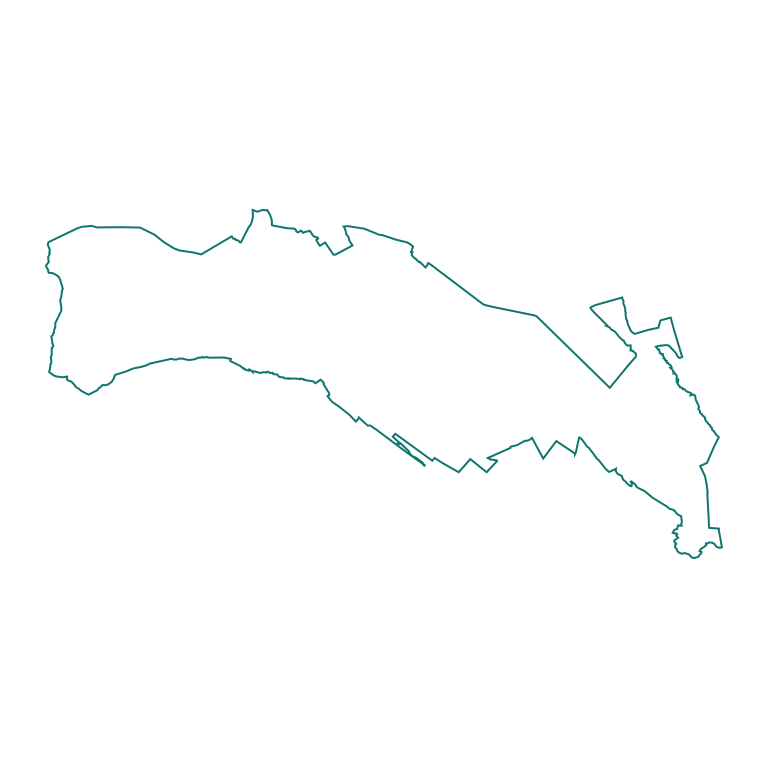 Flamanzi, Botosani, Romania (Robinson projection)
{"feature_id": "2599482B79845284556073", "entity_name": "Flamanzi", "entity_type": "district", "adm_level": 2, "iso_a3": "ROU", "parent_name": "Romania", "parent_adm1": "Botosani", "projection": "robinson", "projection_center": [26.986, 47.54], "detail": "fine", "context": "isolated", "style": "outline", "palette": "teal", "viewbox_px": 768, "rotation_deg": 0, "n_neighbors": 0, "source": "geoboundaries", "source_scale": "gbopen_adm2", "svg_char_len": 6058}
<svg xmlns="http://www.w3.org/2000/svg" viewBox="0 0 768 768"><path d="M590.6,307.4L590.6,308.4L593.6,311.9L607.2,325.4L607.3,325.8L606.6,326.0L609.5,327.3L611.0,329.3L614.8,331.5L619.1,336.8L622.7,340.3L623.6,340.4L625.1,343.5L626.9,345.2L627.6,345.6L630.6,345.4L630.8,349.0L630.5,350.4L631.6,350.3L632.5,351.1L633.0,351.0L636.0,353.8L635.7,357.0L629.6,363.7L609.8,387.8L536.6,316.3L534.0,315.3L496.1,307.6L485.9,305.3L483.0,304.2L430.6,264.5L428.1,263.0L427.0,265.6L425.5,267.5L419.7,261.8L419.1,262.2L415.8,259.0L413.5,257.3L411.9,255.3L411.6,254.7L412.4,252.1L411.1,252.0L413.1,246.7L410.4,244.3L407.1,242.4L396.1,239.7L382.0,235.0L379.3,234.8L364.3,228.7L347.7,226.1L343.7,226.5L344.5,227.8L345.8,231.4L346.2,234.1L348.0,236.3L348.9,238.1L349.2,240.3L352.5,245.5L335.5,254.6L333.5,254.7L325.1,242.5L319.9,245.8L316.3,240.2L316.4,239.5L318.1,238.6L317.9,237.9L317.4,237.4L314.2,236.6L312.7,235.2L310.0,230.9L305.1,231.9L303.1,232.9L301.4,230.8L300.4,230.7L299.0,232.1L297.9,232.3L296.3,231.5L296.1,230.3L294.7,228.7L287.1,228.2L273.1,225.6L271.9,225.2L271.8,219.9L270.0,214.8L267.2,210.0L266.5,210.3L262.5,210.0L257.5,211.7L252.7,210.0L252.9,217.2L251.5,222.7L250.7,224.6L248.8,227.0L240.9,242.4L239.7,242.2L238.5,240.6L235.5,239.8L235.1,238.8L233.4,238.8L231.7,236.4L201.2,254.4L192.9,252.4L179.5,250.5L174.1,248.4L163.9,242.2L154.7,234.8L140.2,227.6L122.9,227.2L96.7,227.4L91.9,225.9L81.8,226.8L77.1,228.4L48.4,242.2L47.8,244.8L49.9,249.9L49.5,251.4L49.7,252.7L49.3,252.9L49.5,254.4L48.2,256.9L48.3,259.7L48.8,261.8L46.1,265.4L46.6,267.6L47.9,269.4L48.3,270.7L48.2,271.7L49.0,272.9L52.3,273.0L53.8,273.7L56.7,275.2L59.0,277.2L60.1,279.7L62.8,288.5L62.0,290.7L61.3,296.6L60.2,300.4L61.3,306.9L61.3,310.8L55.3,323.1L55.3,327.0L54.3,329.6L53.9,331.7L54.0,332.6L53.1,333.4L52.6,335.5L51.4,336.3L51.3,336.8L52.0,339.7L52.3,343.5L53.1,345.0L53.3,346.0L51.8,348.1L52.0,348.8L51.6,350.3L51.8,354.5L50.9,356.9L51.4,362.7L51.1,363.6L50.6,363.8L50.1,368.1L49.1,372.0L53.7,375.4L56.1,376.4L62.4,377.3L67.1,376.6L66.9,379.2L68.1,380.6L71.4,381.6L74.9,385.4L75.6,386.9L78.8,388.7L81.2,390.8L86.7,393.8L88.6,394.6L97.2,390.3L98.8,388.2L100.9,386.8L102.4,385.1L106.3,385.2L109.0,383.9L111.6,381.9L113.8,378.6L115.1,374.9L125.9,371.5L133.2,368.5L141.2,366.9L146.5,365.3L149.8,363.6L171.5,358.8L173.5,359.5L176.7,359.5L178.9,358.6L182.9,358.7L187.0,359.8L190.8,359.9L195.7,359.0L198.1,357.7L201.3,357.6L202.3,356.9L203.8,357.6L207.3,356.9L208.2,357.6L210.0,357.7L223.7,357.5L230.9,358.9L230.2,360.9L230.6,361.2L240.0,365.8L242.9,368.1L244.5,368.6L244.3,369.3L248.8,370.7L249.1,369.5L250.1,369.7L253.0,372.3L253.1,371.3L255.0,371.5L260.7,373.1L262.7,372.2L266.9,372.4L267.0,371.8L267.5,371.8L269.6,372.4L270.0,373.1L272.6,372.8L273.3,374.1L277.1,374.5L279.2,376.9L283.6,377.5L283.9,378.0L285.0,378.3L288.4,378.7L288.4,378.3L289.4,378.3L289.6,378.7L294.2,378.5L300.4,379.1L300.4,378.7L302.5,378.8L304.0,379.4L304.0,379.9L313.3,381.4L315.5,383.2L320.5,379.7L322.4,381.3L323.9,383.3L323.6,384.2L329.3,393.5L329.2,395.0L327.5,396.1L331.9,401.7L339.8,407.2L349.3,414.7L355.9,421.6L358.7,418.4L358.9,417.5L367.8,425.7L370.0,425.4L376.6,429.8L404.8,451.0L422.0,463.3L424.3,465.7L424.7,465.1L422.6,463.3L422.6,462.6L416.3,457.9L412.7,456.3L411.2,455.1L409.8,453.5L408.9,451.3L400.3,443.1L399.1,444.1L397.8,443.1L398.8,442.2L392.8,436.7L395.3,433.8L432.3,460.7L434.6,458.0L442.6,463.1L458.7,472.2L470.3,459.1L486.6,472.2L497.1,461.1L496.8,460.4L489.9,459.3L487.8,458.0L510.5,447.9L510.6,446.7L517.0,445.2L524.9,440.8L526.9,440.8L530.2,439.5L532.0,437.8L543.2,458.6L556.3,441.1L574.8,453.4L574.9,454.5L575.8,452.7L578.9,438.5L579.2,437.5L579.6,437.4L582.0,439.5L587.1,446.6L588.7,447.7L593.9,454.3L594.5,455.7L595.7,456.6L596.6,458.5L598.6,460.0L605.9,469.2L609.1,472.0L616.0,468.7L615.7,471.1L617.8,474.0L621.9,476.0L622.2,477.5L623.4,480.0L625.3,481.3L627.5,483.9L630.1,485.9L631.3,486.2L631.7,485.4L631.9,483.9L630.8,481.7L631.4,481.4L635.3,484.5L636.5,486.7L637.8,487.8L644.3,490.9L652.8,497.9L666.9,506.5L669.7,508.9L673.4,509.8L675.3,511.5L675.9,512.7L677.7,514.4L681.2,516.3L681.9,522.1L681.2,523.8L681.6,525.7L678.0,525.4L677.2,529.0L674.5,529.8L672.7,532.8L674.5,533.5L676.5,533.4L677.2,534.2L676.3,535.8L678.2,537.8L674.8,540.0L674.1,541.0L675.0,542.8L676.2,543.5L676.0,544.4L675.2,545.0L675.1,547.4L676.8,549.2L677.4,551.2L678.6,552.3L681.7,553.8L684.7,553.0L689.1,554.5L691.5,557.2L692.7,557.8L694.8,558.0L698.5,556.6L699.6,554.8L701.1,553.5L701.6,552.1L699.6,551.1L701.1,548.7L704.0,547.0L706.3,545.0L706.4,544.0L705.2,543.2L707.3,543.5L708.8,542.5L712.1,542.6L714.3,543.9L716.3,546.5L717.4,547.2L719.9,547.9L721.9,547.2L718.7,529.5L718.9,528.6L709.3,527.9L709.1,527.5L707.3,493.2L707.7,492.7L706.7,484.9L705.0,476.2L700.2,466.0L707.0,462.9L713.7,447.4L718.8,437.1L716.0,434.6L715.5,433.5L714.4,432.3L714.3,431.5L712.5,430.2L711.8,428.8L711.9,427.8L710.5,426.8L710.0,425.2L708.8,424.4L705.1,419.6L705.2,417.8L703.4,416.0L702.5,415.6L701.9,414.3L700.0,412.8L700.0,411.3L698.4,409.0L698.4,408.3L699.0,407.7L698.5,405.4L695.8,400.0L695.1,395.7L693.4,394.6L690.5,395.3L691.2,393.4L689.1,392.2L688.1,392.2L685.7,390.6L684.3,389.1L683.0,389.3L682.7,388.3L679.9,387.2L679.9,386.5L678.0,384.6L677.7,383.0L676.6,382.1L676.7,380.9L678.0,381.3L678.3,380.1L678.1,379.2L676.5,378.7L676.9,376.0L675.1,373.4L673.4,373.5L673.8,371.9L672.9,371.3L672.8,370.3L672.0,369.1L670.2,367.8L671.6,367.2L671.5,366.8L670.9,366.3L670.7,365.3L668.7,364.1L668.3,363.0L666.7,362.7L666.4,361.4L666.7,360.8L665.4,360.7L665.0,360.0L665.0,358.9L663.6,358.4L663.9,357.5L662.8,355.5L662.9,354.2L661.5,354.3L661.1,353.5L660.4,353.5L659.7,352.5L659.2,349.6L658.3,349.8L655.9,346.8L659.4,345.8L666.0,345.1L668.8,345.5L675.5,352.6L677.9,356.9L679.5,358.0L682.2,357.0L673.9,329.5L670.7,317.6L660.5,320.4L658.4,327.7L648.3,329.9L634.7,333.9L631.6,331.8L629.5,328.5L629.6,327.7L627.9,324.7L627.1,320.5L626.5,319.9L625.8,316.6L625.5,313.1L625.8,312.6L625.2,311.2L625.3,309.3L624.5,306.1L623.3,303.5L623.5,300.9L622.4,299.0L622.2,297.5L595.0,305.2L590.6,307.4Z" fill="none" stroke="#0f766e" stroke-width="2"/></svg>